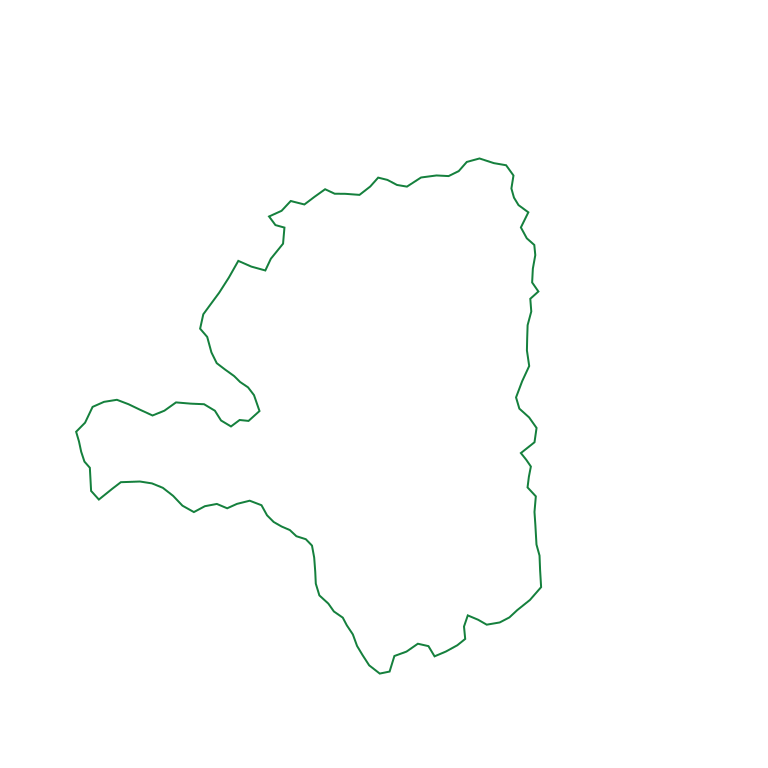 outline of Doresópolis, Minas Gerais, Brazil, rotated 31°
{"feature_id": "56859067B32134422354476", "entity_name": "Doresópolis", "entity_type": "district", "adm_level": 2, "iso_a3": "BRA", "parent_name": "Brazil", "parent_adm1": "Minas Gerais", "projection": "equal_earth", "projection_center": [-45.895, -20.285], "detail": "fine", "context": "isolated", "style": "outline", "palette": "green", "viewbox_px": 768, "rotation_deg": 31, "n_neighbors": 0, "source": "geoboundaries", "source_scale": "gbopen_adm2", "svg_char_len": 2037}
<svg xmlns="http://www.w3.org/2000/svg" viewBox="0 0 768 768"><g transform="rotate(31 384 384)"><path d="M144.7,583.5L152.1,590.3L159.3,598.0L167.2,604.8L175.0,607.3L181.1,616.3L188.0,626.5L199.1,629.9L205.1,613.6L209.0,603.7L216.1,599.1L225.0,593.3L236.3,588.7L247.9,586.9L260.9,588.5L273.9,592.1L287.0,591.7L293.4,581.0L302.5,572.9L313.6,571.3L319.7,562.5L329.0,553.2L341.4,551.0L351.4,556.8L360.5,559.1L369.6,558.9L378.5,557.7L387.3,559.6L396.9,557.3L405.5,559.6L413.6,568.8L421.8,580.4L428.4,590.3L437.5,598.5L449.4,600.9L458.2,604.8L469.0,605.5L476.4,610.0L486.3,614.7L495.8,622.4L505.2,627.4L516.2,632.8L529.5,634.4L536.9,627.6L533.0,611.8L541.1,601.8L546.8,589.2L557.1,585.8L567.6,591.4L574.8,581.5L581.4,570.2L584.9,560.7L577.5,550.7L575.0,539.2L586.1,537.6L596.0,537.4L606.0,528.8L611.7,519.5L614.7,509.1L620.3,494.0L623.3,477.2L613.7,463.2L605.7,451.0L597.4,443.1L586.3,426.8L578.9,416.2L572.0,402.1L560.3,398.7L556.0,389.0L552.4,379.1L545.0,375.7L536.9,372.7L543.0,356.4L537.4,343.1L525.6,337.9L512.7,335.4L504.1,327.5L501.0,310.5L499.2,293.8L489.2,281.6L483.2,271.1L476.8,259.6L472.9,246.0L465.5,235.6L468.7,225.2L458.7,220.7L452.2,208.5L447.3,195.6L441.2,187.4L431.4,185.6L420.7,179.3L419.3,162.5L407.2,161.4L399.4,157.3L392.5,150.8L387.6,138.6L376.0,133.6L364.4,138.1L349.7,141.5L340.6,151.0L338.4,163.0L332.3,172.5L321.6,178.2L309.4,187.9L302.0,203.0L292.6,206.7L281.8,207.3L272.7,210.1L270.5,221.8L265.6,234.5L253.1,240.8L243.7,246.3L233.2,247.4L228.0,259.4L223.3,271.1L209.8,275.2L207.0,288.3L199.2,299.6L209.1,303.7L218.1,301.2L225.2,315.7L222.5,334.9L223.8,347.8L209.8,351.7L195.7,353.5L196.2,372.7L195.7,390.6L194.3,405.3L193.2,417.3L197.9,431.3L208.2,434.7L219.8,445.8L229.9,452.3L240.7,453.5L251.5,454.4L259.7,456.4L269.2,456.9L278.3,460.5L291.2,471.3L286.9,485.4L278.8,489.2L274.7,499.2L263.1,499.2L252.8,494.0L240.2,494.0L228.6,500.3L215.2,506.9L209.5,520.0L201.8,530.2L188.3,531.7L175.5,532.9L163.2,535.1L153.2,543.5L146.0,553.7L147.7,571.1L144.7,583.5Z" fill="none" stroke="#15803d" stroke-width="2"/></g></svg>